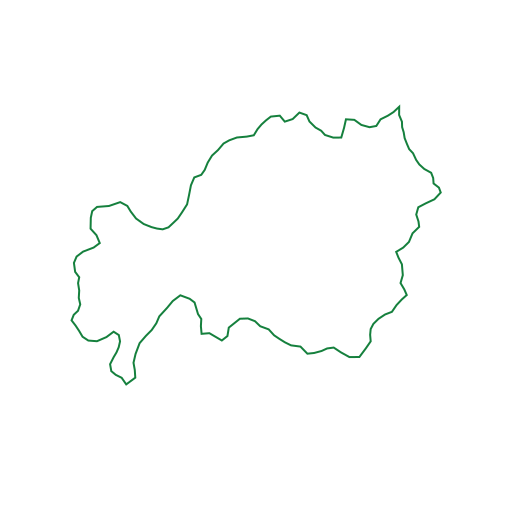 Careaçu, Minas Gerais, Brazil, rotated 252°
{"feature_id": "56859067B66204564146024", "entity_name": "Careaçu", "entity_type": "district", "adm_level": 2, "iso_a3": "BRA", "parent_name": "Brazil", "parent_adm1": "Minas Gerais", "projection": "robinson", "projection_center": [-45.665, -22.072], "detail": "fine", "context": "isolated", "style": "outline", "palette": "green", "viewbox_px": 512, "rotation_deg": 252, "n_neighbors": 0, "source": "geoboundaries", "source_scale": "gbopen_adm2", "svg_char_len": 2191}
<svg xmlns="http://www.w3.org/2000/svg" viewBox="0 0 512 512"><g transform="rotate(252 256 256)"><path d="M349.2,143.5L349.0,131.6L351.8,120.0L349.3,114.1L343.4,110.7L333.1,107.1L325.1,110.7L316.6,111.4L314.2,104.2L313.6,92.9L310.9,85.2L305.7,80.7L296.8,79.1L290.4,81.3L285.2,78.4L277.8,77.2L270.9,74.5L264.3,73.9L258.9,69.8L256.4,64.5L251.8,60.7L245.6,62.9L239.5,64.6L232.8,66.1L227.4,70.4L224.1,78.4L225.1,88.7L228.0,97.2L223.2,101.1L216.8,100.3L211.6,97.2L207.4,93.5L203.8,89.4L198.2,83.8L191.2,82.8L186.3,85.9L181.7,90.6L174.0,92.9L177.6,103.6L185.1,105.5L192.3,106.5L200.1,111.2L209.1,118.4L214.1,126.7L217.8,133.9L222.8,140.4L228.5,145.4L234.2,155.5L238.9,162.9L242.0,171.9L235.8,179.7L230.8,183.2L218.7,182.9L213.0,184.5L206.3,181.9L198.8,180.2L197.0,187.8L186.2,197.4L188.7,204.1L196.3,208.0L201.3,221.3L199.1,229.0L194.3,234.9L187.9,238.3L182.3,245.4L175.0,248.7L170.0,252.6L165.0,256.8L160.2,261.7L156.1,270.3L147.2,274.7L145.8,281.3L145.4,289.0L146.1,295.1L144.9,301.6L138.1,307.0L131.0,313.6L128.0,323.1L134.2,331.9L139.4,338.7L145.8,340.2L151.1,342.5L155.2,346.7L158.4,353.1L160.5,360.7L160.9,368.0L165.9,374.5L169.6,381.2L172.3,387.3L178.5,386.7L185.6,385.1L192.4,389.7L203.0,392.2L210.4,391.0L216.6,390.6L218.5,398.6L222.1,405.8L229.2,411.9L233.3,420.2L238.6,421.2L245.9,421.2L252.2,425.4L253.6,433.6L254.8,443.2L259.3,451.3L264.5,451.1L270.1,447.3L275.4,448.6L281.0,448.3L286.8,442.9L292.6,439.6L297.9,438.0L305.2,437.1L310.3,434.7L315.7,434.2L322.2,433.8L328.1,434.7L333.4,434.8L338.6,436.3L345.9,435.7L353.7,438.3L350.4,431.3L348.7,424.8L347.5,416.7L342.5,410.6L343.4,403.8L348.1,396.7L355.1,391.6L358.2,383.8L350.6,379.3L342.3,373.7L344.7,366.1L349.8,359.0L355.0,356.7L359.8,352.3L367.4,348.4L374.3,347.7L379.0,341.6L374.9,333.2L374.9,324.9L382.1,322.0L384.0,313.2L381.9,307.4L379.4,301.9L376.2,296.7L371.5,291.2L372.4,284.1L374.6,274.5L374.3,266.4L373.0,259.9L368.5,252.6L365.1,245.2L359.8,239.0L353.7,233.8L350.1,229.0L349.8,221.6L343.4,216.0L334.2,210.9L326.4,206.4L320.3,199.0L315.8,193.2L313.2,187.8L310.3,181.6L310.2,175.5L312.7,170.3L315.8,165.5L321.1,159.1L328.7,153.5L337.0,150.6L343.4,149.1L349.2,143.5Z" fill="none" stroke="#15803d" stroke-width="2"/></g></svg>